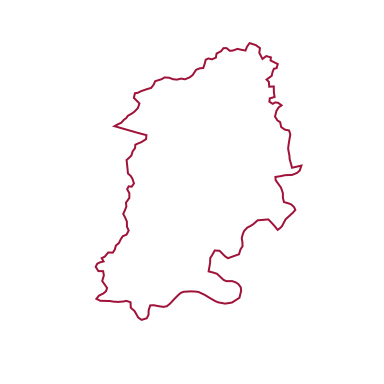 Porto Barreiro, Paraná, Brazil (Mercator projection), rotated 335°
{"feature_id": "56859067B98723098122563", "entity_name": "Porto Barreiro", "entity_type": "district", "adm_level": 2, "iso_a3": "BRA", "parent_name": "Brazil", "parent_adm1": "Paraná", "projection": "mercator", "projection_center": [-52.383, -25.592], "detail": "fine", "context": "isolated", "style": "outline", "palette": "rose", "viewbox_px": 384, "rotation_deg": 335, "n_neighbors": 0, "source": "geoboundaries", "source_scale": "gbopen_adm2", "svg_char_len": 2835}
<svg xmlns="http://www.w3.org/2000/svg" viewBox="0 0 384 384"><g transform="rotate(335 192 192)"><path d="M306.0,177.3L302.4,174.6L300.3,170.8L301.4,165.9L299.7,163.3L299.1,158.7L302.7,154.3L306.1,152.0L309.8,151.3L307.7,147.5L305.3,146.0L302.4,146.2L300.3,142.8L302.1,140.0L307.0,140.8L308.4,136.1L310.7,130.9L306.5,129.2L308.2,124.7L307.1,121.6L313.3,120.4L316.0,117.0L318.3,114.9L321.0,115.5L323.8,112.3L318.8,106.0L320.4,103.3L316.7,100.2L312.1,101.2L311.8,94.3L314.4,90.3L311.9,85.8L307.1,81.4L303.2,83.6L300.3,86.4L297.0,84.1L293.7,81.5L289.0,81.1L286.0,80.1L284.1,76.2L281.3,74.9L277.8,76.7L272.8,76.9L270.4,80.3L266.2,80.2L263.3,77.9L260.3,77.9L258.1,80.7L254.6,84.4L251.4,83.2L247.3,83.0L242.0,86.3L238.4,87.1L233.3,86.9L230.0,84.6L225.9,83.8L222.4,81.7L219.6,78.8L215.6,76.6L211.9,76.9L205.5,76.0L202.5,78.6L198.9,80.4L195.2,79.8L188.6,79.1L184.9,79.2L182.0,78.4L179.1,82.1L181.8,89.5L178.5,93.0L174.0,94.8L170.5,95.5L166.1,95.8L163.7,97.2L160.7,97.8L157.1,99.4L153.6,99.3L149.6,99.6L167.4,115.1L172.3,119.2L174.7,121.2L172.7,124.7L167.0,125.4L163.7,125.2L160.6,125.2L159.0,128.1L155.4,130.1L152.5,133.3L148.9,134.6L146.2,135.4L144.9,139.3L143.2,144.2L141.8,148.1L143.3,151.8L143.6,155.0L143.0,159.7L139.6,161.7L137.0,160.1L134.4,162.1L134.7,166.6L132.7,170.9L127.6,173.8L126.4,177.4L123.6,180.1L120.4,182.8L120.6,186.5L120.5,191.2L118.4,196.0L118.3,200.2L114.6,203.0L110.6,202.8L107.6,204.6L104.3,207.3L100.3,208.4L97.9,211.4L94.6,213.5L90.5,211.4L85.7,213.7L82.2,213.8L82.5,217.6L79.0,216.9L75.9,216.9L73.1,219.1L73.7,224.1L78.0,226.2L76.9,230.3L73.0,234.7L74.5,243.1L72.1,245.6L68.7,246.5L63.8,246.6L60.2,248.4L63.0,251.9L71.5,256.1L74.2,258.0L78.4,260.3L83.1,262.1L86.6,263.0L89.7,266.0L87.6,271.0L89.6,275.5L90.2,283.1L92.3,286.6L97.7,287.3L100.7,284.9L102.7,280.9L106.2,277.1L109.4,278.4L114.4,282.0L117.7,284.1L121.0,284.9L124.9,283.9L131.3,281.3L136.0,279.6L139.1,278.7L142.3,278.9L148.3,281.3L152.0,283.1L155.6,285.3L160.2,290.8L163.6,296.0L167.0,300.8L169.1,303.1L174.9,307.2L181.5,309.1L190.3,307.9L194.8,302.3L195.9,299.1L195.1,295.0L193.3,292.2L190.7,289.7L185.4,287.3L183.4,284.9L180.1,276.7L177.1,273.9L173.5,271.0L175.8,267.7L178.5,263.8L180.6,259.6L184.2,257.3L187.9,254.6L192.1,256.9L194.8,264.3L196.6,267.2L208.3,268.3L211.7,264.5L214.9,262.5L216.5,258.7L217.6,254.8L220.1,251.8L222.7,249.4L227.1,247.6L230.6,247.5L233.8,247.1L239.5,245.4L249.6,249.1L251.3,254.0L252.5,258.0L253.6,262.5L256.4,262.0L259.1,261.0L265.3,256.3L274.4,253.5L278.1,251.9L278.1,248.8L276.8,245.4L274.7,243.1L271.1,240.0L271.9,235.8L273.9,231.3L274.5,225.6L272.8,216.6L274.0,213.6L278.6,215.0L283.5,216.1L289.9,218.8L295.3,219.1L298.7,218.1L302.3,214.3L297.6,213.3L292.9,212.3L293.5,208.9L294.4,203.4L295.6,200.4L297.4,193.4L299.5,190.0L302.0,186.3L305.4,181.4L306.0,177.3Z" fill="none" stroke="#9f1239" stroke-width="2"/></g></svg>